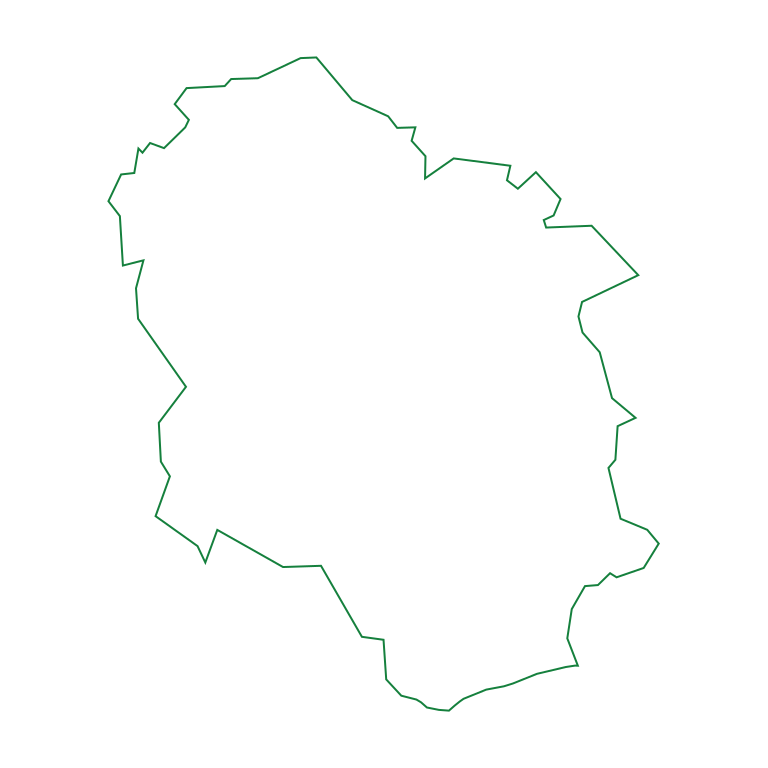 the district of Rankovtse, Rankovce, North Macedonia, rotated 178°
{"feature_id": "65306769B9482621128818", "entity_name": "Rankovtse", "entity_type": "district", "adm_level": 2, "iso_a3": "MKD", "parent_name": "North Macedonia", "parent_adm1": "Rankovce", "projection": "robinson", "projection_center": [22.13, 42.211], "detail": "fine", "context": "isolated", "style": "outline", "palette": "green", "viewbox_px": 768, "rotation_deg": 178, "n_neighbors": 0, "source": "geoboundaries", "source_scale": "gbopen_adm2", "svg_char_len": 1205}
<svg xmlns="http://www.w3.org/2000/svg" viewBox="0 0 768 768"><g transform="rotate(178 384 384)"><path d="M621.2,627.9L626.2,603.6L639.4,602.6L653.0,576.3L642.1,561.0L640.8,511.5L620.1,516.0L628.5,488.3L627.5,457.8L582.0,388.1L610.4,353.1L609.7,314.2L601.2,299.2L616.9,259.9L576.0,228.5L568.8,211.8L555.7,244.0L491.3,204.6L453.3,204.5L414.9,132.1L393.4,128.4L392.1,88.7L377.6,71.9L362.6,67.5L358.1,64.6L352.4,59.2L340.5,56.4L330.5,55.3L324.5,60.2L319.3,64.1L315.5,66.6L292.5,75.0L274.7,77.7L265.6,80.2L241.3,89.0L212.3,94.8L202.9,95.9L200.1,95.7L209.7,123.4L204.2,152.5L190.2,175.0L177.2,175.6L164.7,187.0L158.3,182.7L130.9,191.1L115.0,214.9L126.0,229.1L152.3,241.1L162.6,292.3L155.4,300.2L152.0,333.7L133.8,341.4L156.6,361.9L167.3,408.2L183.8,428.5L187.3,444.7L183.2,459.1L126.1,483.9L171.0,534.9L216.5,534.7L218.6,542.3L208.6,546.5L201.1,562.7L224.8,590.4L243.4,574.5L254.0,583.3L250.1,597.7L306.5,607.0L335.8,588.0L334.6,610.2L347.9,626.1L343.7,639.4L361.9,639.5L370.5,651.4L405.8,668.8L440.2,712.7L456.0,712.6L499.4,694.0L526.1,694.1L532.8,687.3L571.0,686.6L583.4,671.0L569.8,654.8L573.7,647.4L595.6,627.4L609.4,633.0L617.3,623.6L621.2,627.9Z" fill="none" stroke="#15803d" stroke-width="2"/></g></svg>